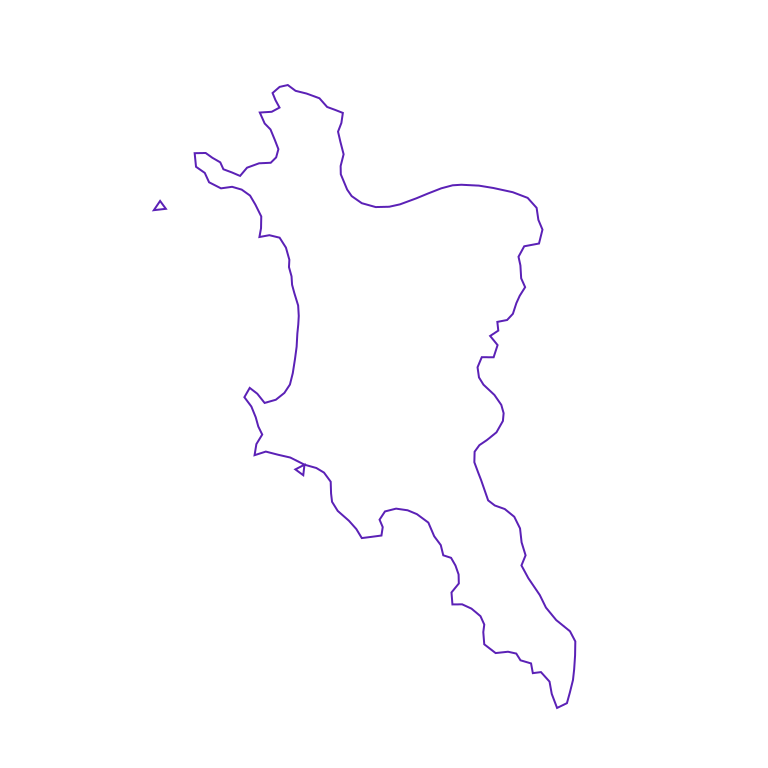 Guarujá, São Paulo, Brazil (Mercator projection), rotated 108°
{"feature_id": "56859067B97137242485272", "entity_name": "Guarujá", "entity_type": "district", "adm_level": 2, "iso_a3": "BRA", "parent_name": "Brazil", "parent_adm1": "São Paulo", "projection": "mercator", "projection_center": [-46.231, -23.954], "detail": "fine", "context": "isolated", "style": "outline", "palette": "violet", "viewbox_px": 768, "rotation_deg": 108, "n_neighbors": 0, "source": "geoboundaries", "source_scale": "gbopen_adm2", "svg_char_len": 2520}
<svg xmlns="http://www.w3.org/2000/svg" viewBox="0 0 768 768"><g transform="rotate(108 384 384)"><path d="M503.2,196.4L492.1,204.2L479.3,210.0L470.0,219.1L465.6,230.5L465.3,241.1L462.5,249.0L445.2,262.1L439.2,267.0L430.5,273.9L420.4,276.9L412.7,274.4L405.5,268.8L395.2,262.1L382.4,259.5L374.8,261.2L367.6,266.0L360.3,275.6L353.9,289.2L348.4,295.7L339.2,300.2L328.3,299.3L324.7,288.0L311.9,288.0L305.5,297.9L297.9,291.8L289.9,295.4L285.1,286.7L277.4,283.1L266.2,283.1L258.2,282.2L248.3,279.7L241.1,286.2L229.1,290.9L221.4,295.4L209.7,293.2L202.5,280.0L188.2,281.0L180.2,287.9L169.3,293.3L162.6,304.9L161.8,320.8L163.8,340.6L166.0,355.0L170.6,372.0L173.8,380.1L180.2,390.0L189.3,401.1L197.4,410.6L208.2,424.3L213.8,433.8L218.3,446.6L218.9,461.0L215.3,472.8L210.5,479.1L197.9,489.9L190.1,492.6L178.0,493.4L167.0,500.4L158.2,505.7L148.9,505.2L138.9,506.9L138.4,515.5L138.1,523.7L132.2,533.7L131.7,547.4L132.5,558.7L129.4,567.9L133.7,575.1L141.7,579.9L147.6,574.9L153.4,568.8L159.8,574.9L164.2,586.0L173.1,578.0L177.0,570.6L185.8,563.1L193.3,557.0L201.8,556.6L208.6,560.1L212.7,571.0L220.6,581.1L230.6,585.2L229.8,593.9L229.4,603.1L223.8,608.2L221.9,617.1L219.4,625.0L223.0,635.4L235.5,629.9L238.6,619.7L246.2,612.7L248.3,599.5L243.4,589.4L243.1,579.4L246.2,569.6L253.1,561.8L262.6,552.5L273.8,549.1L282.7,547.9L277.9,539.0L277.1,528.5L284.6,519.4L295.1,512.4L302.2,510.5L310.2,505.2L318.0,502.1L325.2,497.4L335.9,489.9L345.6,486.1L354.0,483.9L362.8,482.0L375.6,478.6L387.6,476.4L401.9,474.1L413.6,473.3L423.3,476.0L432.4,482.0L438.9,491.7L432.4,501.5L429.2,510.5L439.7,512.7L446.4,503.2L455.3,495.7L463.3,490.4L469.7,484.2L480.6,486.8L491.7,485.1L484.8,475.5L484.0,462.7L482.9,450.4L485.3,434.7L484.8,422.4L486.8,413.7L493.4,404.5L504.5,400.5L512.1,397.0L519.0,388.8L524.9,375.1L530.5,365.5L537.4,357.5L533.3,348.8L528.9,339.6L520.5,341.0L514.4,346.3L504.9,343.7L498.8,334.0L496.8,322.5L497.6,312.5L502.1,299.0L513.3,289.2L519.7,280.2L528.6,274.7L528.6,266.5L534.6,259.9L542.1,254.2L550.6,251.2L561.4,255.4L572.5,250.8L569.4,241.6L570.6,231.4L575.0,220.5L581.8,214.3L589.3,212.9L600.6,208.2L605.4,194.7L600.3,183.3L599.5,174.9L604.6,168.8L604.3,157.8L613.0,153.1L609.5,145.7L615.9,134.6L626.9,128.7L638.6,119.3L631.0,111.4L619.9,111.9L607.1,112.8L596.5,115.0L583.1,118.4L569.7,122.5L561.7,130.7L555.3,147.3L546.6,160.9L536.6,170.6L524.1,186.7L514.1,197.2L503.2,196.4ZM284.8,645.6L279.1,653.5L289.8,656.6L284.8,645.6ZM485.3,434.7L492.6,441.9L495.7,432.6L485.3,434.7Z" fill="none" stroke="#5b21b6" stroke-width="2"/></g></svg>